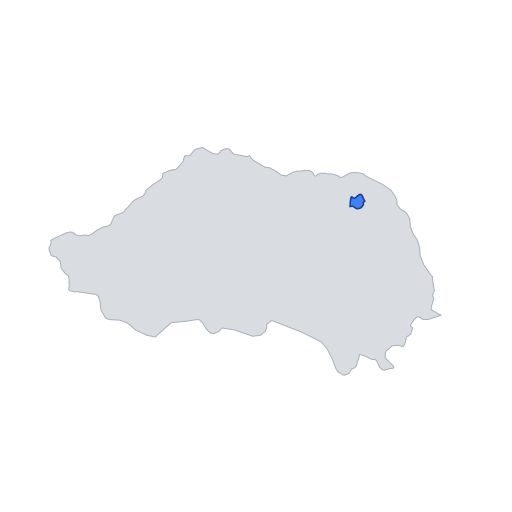 Hungary, with Pécs highlighted, rotated 205°
{"feature_id": "HUN-4913", "entity_name": "Pécs", "entity_type": "Urban county", "adm_level": 1, "iso_a3": "HUN", "parent_name": "Hungary", "parent_adm1": "", "projection": "orthographic", "projection_center": [18.248, 46.078], "detail": "fine", "context": "in_parent", "style": "filled", "palette": "blue", "viewbox_px": 512, "rotation_deg": 205, "n_neighbors": 0, "source": "natural_earth", "source_scale": "10m", "svg_char_len": 3013}
<svg xmlns="http://www.w3.org/2000/svg" viewBox="0 0 512 512"><g transform="rotate(205 256 256)"><path d="M404.8,146.9L410.1,145.9L410.3,146.0L411.6,146.4L412.7,150.2L412.8,150.5L414.3,153.0L415.7,156.3L417.7,158.8L421.8,159.7L427.4,162.6L431.2,168.4L436.7,170.6L437.0,170.6L438.1,170.3L441.8,169.9L442.7,171.0L445.9,173.8L447.2,176.3L446.8,179.1L447.5,182.2L448.7,183.2L447.4,185.3L438.2,196.3L434.5,199.3L431.9,200.0L427.8,199.1L423.7,200.2L420.1,202.6L416.7,203.5L414.2,206.2L411.1,212.1L407.2,217.1L403.2,220.3L401.1,223.0L401.3,232.2L399.1,235.0L396.1,237.8L394.5,240.2L390.3,254.5L386.9,259.1L383.6,262.7L383.1,265.9L383.4,269.5L379.7,276.9L374.9,284.6L374.0,287.7L375.3,291.7L370.6,296.7L367.8,299.1L365.4,300.3L364.1,303.3L361.9,310.7L362.7,313.9L362.8,316.9L358.7,318.8L357.6,322.1L356.6,326.2L354.9,328.1L350.3,331.7L338.4,330.6L334.0,331.9L332.7,334.4L332.5,336.3L331.1,338.2L328.5,340.6L325.7,341.7L319.5,339.0L306.3,342.2L304.1,344.4L302.2,342.9L299.3,341.7L286.0,340.3L280.8,341.7L273.8,341.4L267.3,340.0L262.5,341.3L258.3,347.1L256.2,349.0L254.5,350.3L250.9,352.1L247.9,354.3L243.8,356.0L240.2,355.8L236.7,353.4L235.4,353.9L234.4,356.2L232.5,358.2L227.4,360.6L226.1,360.6L225.8,360.6L221.9,362.4L215.3,363.4L212.1,362.7L206.1,370.7L204.3,372.1L198.7,374.6L194.0,375.8L190.0,374.8L188.5,374.8L170.8,374.3L161.6,372.6L155.7,369.4L151.8,365.9L149.9,362.1L145.4,359.7L138.2,358.8L132.6,355.0L128.7,348.1L123.3,342.7L116.6,338.6L111.3,333.0L107.4,325.7L100.3,319.0L90.1,313.0L87.0,311.7L86.4,309.8L81.5,302.5L79.5,299.8L79.7,296.3L78.8,294.3L77.0,292.8L76.1,287.6L75.6,283.8L74.3,281.3L63.3,280.5L72.7,271.6L77.3,269.1L82.6,269.7L84.3,268.9L84.8,267.6L85.8,264.6L86.3,261.8L86.8,259.2L86.3,257.7L83.7,257.2L82.7,250.6L84.0,248.2L85.4,246.5L83.9,238.5L84.5,235.8L88.6,235.5L92.0,233.8L94.9,232.0L95.7,229.5L98.1,224.6L96.1,218.4L84.4,214.1L83.8,212.6L86.6,210.9L89.6,208.5L91.3,206.6L93.6,206.4L96.8,207.4L102.4,212.0L104.5,212.7L106.6,211.4L108.9,211.2L115.2,211.4L120.5,210.5L119.4,205.7L119.4,202.3L118.6,199.5L119.2,196.5L121.4,194.2L122.1,188.9L125.4,185.4L127.0,184.9L132.8,185.6L134.1,186.6L135.0,186.8L144.1,195.6L152.8,202.2L160.0,205.6L170.5,206.0L181.7,206.3L200.5,205.1L214.5,204.2L215.4,202.6L217.5,198.6L215.8,195.3L215.9,191.4L218.2,186.2L225.1,181.9L244.8,179.8L256.2,176.5L257.8,172.1L261.5,167.8L264.9,166.9L269.7,168.7L275.4,172.4L280.4,174.3L283.3,173.0L293.2,166.4L304.5,159.9L312.0,142.9L312.7,140.2L321.2,138.0L333.7,137.9L340.1,139.9L345.0,140.9L352.2,140.3L362.4,136.3L366.3,136.2L369.3,138.6L372.7,140.7L375.0,143.3L376.9,147.0L377.8,148.4L379.4,150.3L382.1,152.9L384.7,153.5L403.7,147.9L404.8,146.9Z" fill="#d9dde1" stroke="#a8b0b8" stroke-width="1"/><path d="M191.7,340.6L193.8,345.9L194.7,349.2L194.2,350.2L192.2,349.7L191.2,349.7L190.1,351.5L189.4,353.5L188.4,355.3L186.8,356.3L184.7,355.2L182.4,353.0L180.5,351.7L181.4,349.7L180.3,347.9L180.9,344.6L182.2,343.0L184.5,341.4L187.0,341.6L189.3,342.1L191.7,340.6Z" fill="#3b82f6" stroke="#1e3a8a" stroke-width="1.5"/></g></svg>